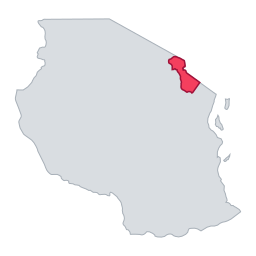 United Republic of Tanzania, with Kilimanjaro highlighted
{"feature_id": "TZA-3393", "entity_name": "Kilimanjaro", "entity_type": "Region", "adm_level": 1, "iso_a3": "TZA", "parent_name": "United Republic of Tanzania", "parent_adm1": "", "projection": "orthographic", "projection_center": [37.535, -3.747], "detail": "fine", "context": "in_parent", "style": "filled", "palette": "rose", "viewbox_px": 256, "rotation_deg": 0, "n_neighbors": 0, "source": "natural_earth", "source_scale": "10m", "svg_char_len": 4795}
<svg xmlns="http://www.w3.org/2000/svg" viewBox="0 0 256 256"><path d="M89.0,190.5L85.7,188.8L82.7,187.7L80.2,186.6L79.1,185.4L76.8,185.0L74.9,184.8L73.0,183.8L69.3,183.4L68.8,182.7L68.7,181.1L68.1,180.7L66.7,180.3L65.2,180.4L64.3,180.6L63.8,180.5L62.6,179.6L61.4,178.4L61.0,176.5L59.2,175.3L57.2,174.4L51.7,174.5L50.9,174.3L49.5,173.3L48.0,171.8L46.7,170.0L45.6,167.5L44.4,164.3L37.9,151.2L37.2,148.7L35.9,146.0L33.9,142.6L31.7,140.1L28.7,137.9L25.4,135.6L23.6,134.1L20.1,128.0L19.4,125.1L18.8,122.1L19.0,120.9L21.1,117.0L21.3,115.9L21.0,114.4L19.9,111.4L18.5,107.6L15.8,100.8L15.4,99.1L15.4,97.8L16.9,90.9L16.9,89.9L23.2,90.0L27.8,86.9L31.8,82.4L32.6,80.5L34.2,77.6L35.8,76.1L36.4,75.1L37.3,72.2L39.4,70.2L41.5,68.7L41.1,67.6L41.4,67.2L42.5,66.4L44.7,65.7L45.1,64.2L45.1,62.5L44.7,61.5L44.8,60.4L44.4,59.8L43.0,59.7L40.9,58.8L39.1,58.5L37.8,58.0L37.4,57.6L37.2,56.6L38.2,53.9L37.2,52.8L39.4,48.4L39.8,47.9L40.6,47.8L41.9,47.3L43.0,47.1L44.0,47.3L44.7,47.1L45.3,46.6L45.9,45.1L46.3,42.6L46.0,40.6L45.1,39.0L44.9,36.6L45.3,33.4L45.0,30.8L43.9,28.6L42.9,27.4L41.3,26.8L38.8,23.6L38.0,22.0L38.1,21.0L39.0,20.6L40.6,20.7L42.1,20.4L43.5,19.4L44.9,19.2L45.6,19.3L109.3,18.9L184.1,60.5L184.4,61.0L185.0,64.6L184.9,65.8L183.7,67.9L183.4,69.0L183.3,69.7L183.6,70.0L184.6,70.1L185.4,70.6L185.8,71.0L186.4,72.6L187.2,73.4L215.5,93.9L216.2,94.2L215.8,95.9L214.2,100.0L214.1,101.8L213.4,103.8L212.8,105.2L211.2,111.0L209.8,113.2L207.9,118.3L207.6,122.3L208.7,125.0L209.0,127.6L211.2,130.1L212.9,131.0L214.1,132.2L216.2,134.8L217.4,137.5L221.1,138.8L222.6,141.8L222.1,143.8L220.3,145.5L218.7,148.2L217.4,151.8L217.3,157.3L218.2,156.5L220.2,157.8L220.4,161.9L218.3,166.6L217.7,168.8L217.6,170.7L219.0,176.3L221.3,179.2L221.1,180.1L220.5,180.8L224.3,185.9L224.0,190.3L225.4,193.8L226.0,196.7L226.9,199.0L227.1,200.6L225.9,202.3L228.7,202.8L230.3,204.2L231.1,205.6L233.1,205.5L234.2,206.5L235.7,207.2L239.2,209.5L240.1,210.7L240.6,211.8L231.1,219.0L227.6,220.8L225.1,221.7L222.5,222.2L220.0,223.3L217.6,225.1L214.6,226.0L211.0,226.0L207.1,227.2L201.0,230.9L197.5,228.9L194.7,228.2L191.5,228.3L189.6,228.5L188.9,229.0L188.3,230.2L187.7,232.3L185.7,234.3L182.0,236.2L178.6,236.9L175.5,236.4L173.4,235.6L172.3,234.5L170.7,234.0L168.6,234.1L166.6,234.9L164.6,236.4L161.5,237.1L157.3,236.9L155.0,236.1L154.7,234.9L152.8,233.4L149.4,231.8L146.8,231.7L145.2,233.4L143.8,234.4L142.4,234.8L141.2,234.8L139.5,234.4L134.8,234.2L130.4,234.3L129.9,232.0L128.9,230.6L128.1,229.8L126.6,229.6L126.2,228.9L125.6,227.5L124.9,226.2L123.8,225.2L123.2,224.3L123.0,223.4L123.2,222.4L124.1,220.1L124.4,218.4L124.2,216.8L123.7,215.1L122.6,213.0L122.7,212.4L122.4,211.0L122.3,210.1L122.5,208.9L122.3,207.3L121.4,203.9L121.3,203.0L120.4,201.3L117.3,197.4L117.2,196.9L112.5,193.0L110.6,192.2L110.0,192.9L109.7,193.6L109.9,194.8L109.8,195.5L109.6,195.8L108.5,195.7L107.8,195.6L106.0,194.5L104.7,194.3L101.2,194.5L100.0,194.7L99.1,194.5L97.3,192.7L95.1,192.3L93.2,192.3L90.1,190.2L89.0,190.5ZM221.7,124.4L223.2,128.8L223.0,129.6L221.9,130.1L221.3,130.1L220.7,129.4L220.2,128.0L219.3,128.3L217.9,126.6L216.5,126.5L215.3,124.4L215.8,122.6L215.5,119.5L217.0,117.9L217.9,115.2L218.9,117.0L219.1,119.9L220.4,123.2L221.7,124.4ZM229.3,98.6L229.4,99.6L229.1,100.6L229.1,103.6L229.0,105.7L227.8,108.5L226.9,109.5L226.0,109.2L225.3,108.8L224.8,108.0L225.9,102.8L225.4,99.0L227.5,99.4L229.3,98.6ZM225.9,161.2L224.8,161.5L224.3,161.2L223.7,160.3L224.8,159.6L226.0,158.2L228.6,156.2L229.9,154.5L229.7,156.1L228.2,159.6L226.9,159.9L225.9,161.2Z" fill="#d9dde1" stroke="#a8b0b8" stroke-width="1"/><path d="M179.6,58.0L182.4,59.6L184.1,60.5L184.4,61.0L184.8,63.2L184.8,63.5L185.2,66.0L184.9,66.0L184.6,66.2L184.6,66.5L184.6,66.9L184.2,66.9L183.7,67.1L183.3,67.5L183.0,67.8L182.9,68.0L182.7,68.5L182.8,68.7L182.9,68.8L183.2,68.9L183.3,69.0L183.3,69.4L183.1,69.8L183.2,70.1L184.1,70.0L184.6,70.0L185.0,70.2L185.4,70.3L185.7,70.6L185.8,70.9L186.2,72.2L186.4,72.6L186.7,73.0L187.8,73.8L189.5,75.0L191.3,76.3L193.0,77.5L194.7,78.8L196.5,80.0L198.2,81.3L199.8,82.5L192.8,92.4L191.9,93.0L191.4,92.4L190.9,92.0L190.7,91.9L190.3,91.8L190.1,91.7L189.8,91.6L188.6,91.6L188.2,91.6L187.4,92.1L186.9,92.2L186.5,92.0L185.0,90.9L183.3,89.9L182.8,89.8L181.8,89.0L181.1,87.8L181.0,86.3L181.2,84.7L181.1,84.0L181.1,83.4L181.4,82.6L181.4,82.1L181.3,81.5L180.8,80.0L180.6,79.6L180.4,78.5L180.5,76.3L180.1,75.4L179.5,74.3L178.8,73.0L177.7,71.8L177.0,70.3L177.1,69.9L176.8,69.7L176.2,69.6L175.7,69.5L175.4,69.1L175.2,68.8L174.7,68.8L174.3,68.9L173.8,69.5L173.2,69.4L172.7,69.5L172.2,69.6L172.2,65.9L171.4,64.5L170.0,63.6L169.3,63.3L168.8,62.8L168.7,61.8L168.6,60.9L169.1,59.5L170.5,59.1L171.1,58.8L171.7,58.3L172.9,57.3L173.8,56.7L174.9,56.6L175.2,56.8L175.6,56.6L176.3,56.7L177.0,57.1L178.7,57.8L179.6,58.0L179.6,58.0Z" fill="#f43f5e" stroke="#9f1239" stroke-width="1.5"/></svg>